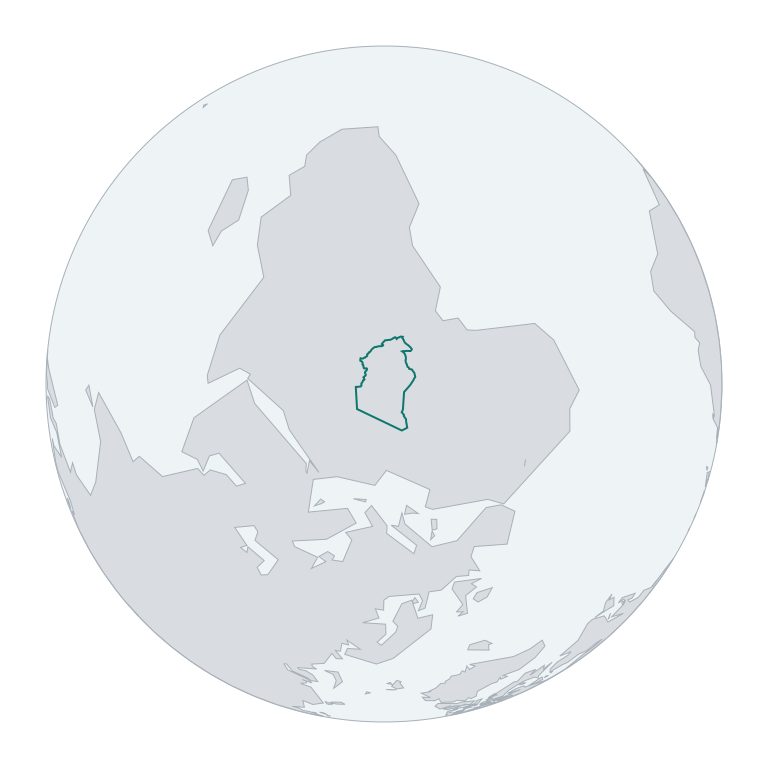 globe centered on Chad, rotated 178°
{"feature_id": "TCD", "entity_name": "Chad", "entity_type": "country or territory", "adm_level": 0, "iso_a3": "TCD", "parent_name": "Africa", "parent_adm1": "", "projection": "orthographic", "projection_center": [18.978, 15.46], "detail": "medium", "context": "on_globe", "style": "outline", "palette": "teal", "viewbox_px": 768, "rotation_deg": 178, "n_neighbors": 0, "source": "natural_earth", "source_scale": "50m", "svg_char_len": 10511}
<svg xmlns="http://www.w3.org/2000/svg" viewBox="0 0 768 768"><g transform="rotate(178 384 384)"><circle cx="384" cy="384" r="338" fill="#eef3f6" stroke="#a8b0b8"/><path d="M301.6,56.3L281.4,62.1L286.0,60.9L273.2,65.4L273.7,66.1L265.9,68.8L273.1,67.1L280.1,64.6L285.6,63.3L286.5,63.7L276.7,66.9L274.8,67.1L272.5,68.4L267.1,70.0L270.3,69.5L258.3,73.9L271.5,70.4L263.0,74.8L254.7,77.6L254.0,76.1L233.0,82.1L224.4,86.3L212.9,92.8L194.6,106.7L185.7,112.6L174.8,121.4L180.4,118.2L190.9,110.3L198.5,107.5L210.5,99.3L215.3,97.4L228.2,90.4L227.9,93.2L220.5,100.1L209.8,106.4L206.3,110.0L217.8,106.0L199.1,120.9L189.0,137.2L184.0,141.5L171.9,144.6L168.5,138.3L152.8,146.4L164.5,143.4L151.8,155.9L150.4,159.3L152.0,160.5L157.4,157.0L153.4,162.2L140.3,166.1L143.7,161.3L147.8,159.8L146.2,157.5L137.2,161.9L131.5,168.8L124.1,171.4L119.8,176.7L115.9,180.9L123.1,171.9L110.0,188.6L101.0,199.3L115.6,178.7L131.6,159.3L149.1,141.1L167.8,124.3L187.8,108.9L208.9,95.0L230.9,82.8L253.8,72.2L277.4,63.3L301.6,56.3ZM53.2,314.8L54.0,312.7L50.3,331.6L53.7,317.0L52.2,328.7L56.2,337.5L54.9,341.1L57.7,371.6L66.7,390.4L68.8,406.5L67.1,414.0L71.6,419.7L71.7,425.4L94.8,446.7L111.1,467.5L113.6,487.1L105.9,504.5L112.8,547.6L102.6,553.5L109.4,570.1L117.7,590.0L110.3,582.0L122.1,597.3L124.7,600.7L109.1,580.6L95.1,559.4L82.8,537.2L72.1,514.1L63.2,490.3L56.2,465.9L50.9,441.1L47.6,415.9L46.1,390.5L46.6,365.1L49.0,339.8L53.2,314.8ZM72.0,254.3L67.5,266.4L68.0,264.2L72.0,254.3ZM83.9,228.7L85.3,226.1L84.6,227.4L83.9,228.7ZM227.5,89.5L227.8,90.0L225.3,91.0L227.5,89.5ZM232.8,86.3L229.7,87.2L231.7,85.9L233.6,85.3L232.8,86.3ZM236.3,85.7L235.7,83.4L239.4,81.2L249.8,77.6L236.3,85.7ZM281.9,63.7L274.5,66.3L279.8,63.9L281.9,63.7ZM284.0,62.5L292.5,58.7L304.0,55.7L298.8,57.2L313.0,53.7L314.4,54.0L306.9,56.0L299.2,57.7L305.6,56.7L284.0,62.5ZM288.2,62.6L288.9,61.7L298.9,58.9L299.3,60.1L295.9,60.6L288.2,62.6ZM316.0,53.0L323.5,51.5L326.7,51.2L330.1,50.8L315.4,53.8L316.0,53.0ZM294.2,61.5L299.3,60.9L295.4,62.8L288.2,63.2L294.2,61.5ZM301.3,57.9L306.1,56.7L303.6,57.7L301.3,57.9ZM284.6,70.4L285.3,68.8L290.5,67.1L284.6,70.4ZM301.4,60.6L302.7,60.0L304.9,59.3L307.4,59.5L301.4,60.6ZM318.7,53.7L318.5,54.1L324.9,52.4L327.5,52.6L317.2,54.8L322.8,54.0L323.6,54.1L314.3,55.9L318.7,53.7ZM316.4,57.8L304.2,61.5L301.9,64.5L297.1,65.9L301.7,61.0L316.4,57.8ZM316.0,56.4L315.1,57.5L309.6,58.4L306.8,58.3L316.0,56.4ZM333.0,52.2L331.6,51.2L333.9,50.8L333.0,52.2ZM316.8,58.3L319.7,57.5L317.2,58.4L316.8,58.3ZM329.3,53.7L328.4,53.2L331.1,52.8L329.3,53.7ZM326.2,56.4L322.3,57.4L320.2,57.2L326.2,56.4ZM328.5,55.0L332.3,54.5L321.9,56.5L327.7,54.8L328.5,55.0ZM331.9,53.3L333.2,53.0L331.8,53.6L331.9,53.3ZM336.2,57.1L323.5,59.7L319.1,58.9L331.9,56.4L336.2,57.1ZM639.7,163.1L641.2,164.8L633.0,155.6L642.6,167.1L648.3,173.6L646.1,170.7L651.4,177.4L656.8,184.6L658.6,187.0L671.7,206.7L683.4,227.3L693.6,248.6L698.5,262.5L700.7,268.6L697.9,264.2L701.6,278.5L712.7,307.8L714.9,317.8L717.4,341.2L716.1,333.9L708.8,322.0L712.7,346.8L718.5,362.0L720.7,384.1L718.6,380.2L715.7,361.2L713.0,356.3L710.0,335.0L700.4,306.8L698.0,316.1L694.5,303.8L681.1,283.0L675.5,296.1L669.2,336.3L674.4,368.6L669.5,385.4L648.6,344.5L637.5,315.1L631.1,320.3L608.6,299.2L573.2,306.1L567.1,299.0L560.7,304.2L544.7,298.9L535.1,287.1L525.9,289.5L551.3,320.6L561.0,318.2L567.8,303.3L573.1,315.1L588.4,323.4L575.1,356.9L520.8,392.7L513.9,369.0L464.5,307.3L465.1,299.8L464.8,299.0L464.1,297.6L461.2,310.0L452.1,297.9L480.2,341.5L485.6,361.0L520.0,394.3L517.2,398.5L527.8,404.8L559.8,390.8L560.3,398.9L546.2,438.8L500.4,494.8L505.7,527.2L500.9,555.1L470.6,575.8L471.5,595.9L455.6,604.3L453.4,615.5L439.6,628.1L417.2,640.1L381.1,641.3L380.2,631.6L364.2,612.3L342.7,563.0L353.2,539.6L350.6,521.1L324.3,479.0L330.1,455.3L322.8,445.2L307.7,447.3L299.0,435.1L289.8,434.4L231.3,439.3L212.8,422.0L189.1,371.1L199.2,352.8L199.9,330.3L268.5,260.0L284.3,265.1L339.8,257.0L347.0,259.8L341.8,276.9L384.6,297.6L396.7,283.0L434.0,293.0L458.0,291.1L464.1,258.6L424.8,261.0L416.7,246.0L447.0,230.8L481.1,230.3L479.0,224.6L456.3,213.1L463.0,202.2L448.3,208.5L455.1,213.9L446.1,218.5L439.4,214.0L442.0,209.9L431.4,208.0L421.6,229.2L427.5,237.0L400.4,242.1L407.6,256.1L400.7,263.0L385.9,242.3L386.5,234.5L360.0,213.3L357.0,221.7L381.8,242.7L374.5,241.2L370.6,254.5L367.9,243.3L341.7,219.7L316.5,224.9L286.3,256.9L271.2,259.2L257.6,252.3L266.6,219.7L299.5,218.4L303.1,208.4L294.8,193.9L305.5,195.2L306.1,189.7L318.4,189.1L334.0,176.0L346.2,174.7L350.8,158.6L357.6,156.2L353.0,166.1L356.2,172.9L386.3,171.5L391.7,168.0L392.3,158.0L400.5,159.6L397.2,150.3L413.7,146.2L390.8,143.9L390.8,133.9L399.9,126.2L395.8,122.9L380.9,135.7L378.7,141.4L383.4,146.6L373.8,163.8L363.8,167.0L358.3,148.7L343.4,151.7L345.6,137.6L384.4,109.4L401.4,104.4L432.7,115.2L429.7,121.0L416.9,119.7L430.1,129.4L428.4,124.5L435.2,126.3L436.9,118.4L441.9,119.4L435.1,110.8L441.4,111.2L445.5,116.6L453.5,106.9L466.0,106.6L465.4,104.1L461.2,101.5L479.9,103.6L478.7,101.8L472.1,100.2L465.3,95.7L460.6,89.0L467.3,90.1L469.9,92.6L485.5,100.3L491.4,107.9L493.7,107.7L490.1,101.6L471.1,92.0L466.4,87.8L475.9,91.5L472.1,89.8L471.8,88.1L477.9,87.7L467.6,83.6L455.8,67.3L466.3,66.2L476.1,70.5L474.9,63.7L486.9,65.2L480.8,63.4L476.1,60.5L472.3,59.8L469.0,58.9L455.2,53.7L455.9,53.8L479.3,59.8L502.3,67.4L524.6,76.7L546.2,87.5L567.0,99.9L586.8,113.7L605.6,128.9L623.3,145.4L639.7,163.1ZM246.6,296.8L245.1,303.4L245.1,303.5L246.6,296.8ZM518.8,247.0L538.2,245.9L526.6,227.4L533.1,225.7L526.8,220.4L525.7,226.1L509.9,211.7L517.2,205.2L513.4,197.4L506.7,197.5L495.8,212.1L518.4,232.2L515.2,240.7L518.8,247.0ZM56.4,337.6L56.5,342.4L55.5,340.9L56.4,337.6ZM64.3,286.4L64.5,290.2L63.2,289.4L64.3,286.4ZM66.5,269.9L64.1,284.1L61.9,285.0L63.8,276.4L63.9,277.8L66.5,269.9ZM79.1,238.4L78.1,240.4L76.8,243.3L78.4,239.9L79.1,238.4ZM83.5,229.8L83.5,229.7L85.1,226.5L83.5,229.8ZM152.6,155.6L153.5,155.5L154.0,157.7L151.5,158.7L152.6,155.6ZM170.2,157.7L163.4,166.2L166.5,160.4L161.6,162.8L162.1,154.5L181.5,143.3L172.6,149.5L170.2,157.7ZM168.1,141.6L165.6,147.2L167.6,141.5L168.1,141.6ZM297.6,162.8L302.3,166.2L298.3,172.3L282.9,176.7L288.4,167.5L297.6,162.8ZM309.8,169.7L308.6,151.9L318.2,149.4L313.0,153.6L319.4,153.7L312.9,160.8L323.2,176.9L320.4,183.6L293.3,186.3L303.7,181.3L298.6,178.0L309.8,169.7ZM288.7,119.8L288.3,114.4L309.5,115.4L307.4,120.4L291.9,124.4L285.2,120.9L288.7,119.8ZM254.7,80.7L253.2,80.3L255.9,79.2L259.4,78.6L254.7,80.7ZM284.5,69.8L264.2,81.8L261.5,81.8L252.9,90.1L242.3,93.5L248.2,87.8L233.6,97.3L234.6,93.5L225.6,100.2L239.8,87.0L240.2,84.8L243.8,85.8L253.6,82.6L257.9,80.5L270.4,73.4L276.0,68.0L286.6,64.8L292.6,64.0L292.9,64.8L285.9,66.4L291.3,66.4L281.4,69.5L284.5,69.8ZM356.6,69.7L348.4,69.0L357.5,73.7L347.7,75.0L349.4,75.5L342.8,78.3L337.7,82.8L333.1,82.9L333.1,84.7L328.8,86.9L327.2,89.6L318.4,91.1L315.8,94.6L313.0,93.4L311.0,99.3L308.5,95.7L302.7,98.9L308.2,100.7L264.0,107.1L247.3,114.2L234.8,122.5L232.3,116.5L242.4,105.5L258.8,94.0L275.1,88.7L271.0,87.5L277.6,84.9L278.1,86.9L281.4,82.3L286.9,80.8L301.5,73.5L302.7,68.9L308.0,66.5L310.4,67.6L314.1,64.6L322.1,65.4L326.1,63.9L338.0,63.8L340.1,67.6L344.5,65.7L353.7,66.2L356.6,69.7ZM339.4,57.1L344.2,60.2L341.2,62.8L321.7,62.2L317.0,63.5L304.4,64.2L309.0,60.7L312.2,60.7L316.3,59.9L313.2,61.3L318.8,59.7L323.4,59.9L329.0,58.8L329.0,60.0L339.4,57.1ZM354.3,253.3L359.7,254.0L368.0,253.1L365.7,261.9L354.3,253.3ZM336.1,237.4L340.9,236.2L341.6,247.2L336.0,246.9L336.1,237.4ZM342.8,226.8L341.1,235.3L338.7,230.6L342.8,226.8ZM357.3,164.8L362.3,163.5L363.1,165.8L360.6,169.4L357.3,164.8ZM381.5,87.4L377.3,85.8L378.6,84.8L375.0,79.6L382.0,78.8L386.9,81.6L381.5,87.4ZM457.8,264.6L451.3,271.2L447.5,268.4L450.5,266.7L457.8,264.6ZM406.6,266.8L418.6,270.4L405.8,269.2L406.6,266.8ZM388.5,85.6L386.2,83.5L391.1,84.5L388.5,85.6ZM386.9,78.0L392.6,78.6L382.4,78.1L386.9,78.0ZM555.0,666.7L554.5,668.9L550.6,670.2L555.0,666.7ZM554.4,543.6L528.4,593.4L513.7,595.5L512.8,582.4L523.5,553.0L541.2,542.5L550.3,528.1L554.4,543.6ZM718.9,428.8L718.8,428.5L719.7,422.0L719.9,421.0L718.9,428.8ZM719.6,422.1L718.6,411.8L710.8,374.1L713.8,372.1L720.6,391.5L720.3,396.7L721.0,405.9L719.6,422.1ZM721.9,382.8L721.9,381.7L721.8,376.4L721.9,382.8ZM675.7,371.2L682.3,388.3L679.0,393.1L675.7,371.2ZM704.0,277.7L704.4,281.1L702.8,276.5L701.2,269.5L704.0,277.7ZM444.9,81.7L442.1,89.2L444.8,95.5L453.5,99.8L440.0,97.7L435.9,87.9L444.9,81.7ZM453.7,68.6L446.0,65.9L450.0,65.7L452.3,66.3L453.7,68.6ZM448.6,68.0L438.0,67.5L434.1,65.2L443.3,65.9L448.6,68.0ZM413.4,74.9L412.1,77.0L408.1,75.9L413.4,74.9ZM467.0,58.7L462.7,57.5L464.3,57.4L467.0,58.7ZM451.8,54.4L452.9,55.2L448.9,53.8L451.8,54.4ZM456.1,57.6L452.1,55.4L459.9,58.3L456.1,57.6Z" fill="#d9dde1" stroke="#a8b0b8" stroke-width="1"/><path d="M411.8,359.9L412.3,382.1L412.2,382.2L410.2,382.0L409.4,382.2L407.4,382.3L406.5,383.4L406.7,384.7L406.5,385.6L405.5,386.5L405.1,387.4L405.0,388.2L404.8,388.4L403.9,388.7L403.4,389.2L403.7,389.9L403.8,390.8L404.3,391.2L404.3,391.5L402.3,393.0L401.9,393.7L401.9,394.1L402.6,395.6L402.6,396.4L402.2,397.1L401.3,397.7L400.8,398.4L400.4,399.6L400.7,400.2L401.0,400.3L402.7,400.1L403.4,400.4L403.8,401.0L403.6,401.5L404.2,403.5L404.1,403.8L404.2,404.0L404.7,404.0L404.8,404.3L404.7,406.2L404.9,406.7L405.2,407.1L406.0,407.7L406.4,407.7L406.8,408.0L406.9,408.9L406.5,410.5L404.3,410.1L402.9,410.8L402.4,411.2L401.7,411.2L401.3,411.7L400.2,412.3L399.8,412.7L399.9,413.9L399.7,414.4L399.4,414.7L398.8,414.8L398.0,416.1L397.8,416.3L397.3,416.2L395.8,417.8L395.7,418.2L394.4,419.6L391.9,421.3L390.4,421.2L389.7,421.6L388.0,421.9L385.0,421.9L384.4,422.0L383.9,422.4L383.5,422.7L383.5,423.0L384.5,423.7L384.8,424.0L383.6,425.5L382.7,426.4L382.0,426.9L381.7,427.5L377.9,427.9L376.2,427.9L373.9,428.9L373.1,429.6L371.8,430.0L371.4,430.4L371.2,430.4L370.0,429.3L369.8,428.6L369.0,429.1L368.8,429.6L366.8,430.3L366.3,430.6L365.7,430.8L363.6,430.5L364.0,429.7L364.0,429.0L363.4,428.6L362.3,425.8L361.5,424.4L360.0,423.0L359.3,422.6L357.0,420.5L355.1,418.2L355.0,417.6L355.9,416.4L356.5,416.0L360.0,416.3L361.7,416.1L362.8,416.2L364.0,416.2L364.7,416.0L364.0,415.5L362.5,413.9L361.7,412.1L361.4,410.9L361.2,409.4L361.3,407.9L361.7,406.9L361.5,406.3L361.5,405.1L360.9,403.5L360.4,402.6L360.2,401.2L359.8,400.3L359.0,399.8L358.5,399.3L358.4,398.4L358.1,398.1L356.8,397.8L355.8,397.7L353.3,394.0L352.5,390.0L353.6,388.5L354.6,386.6L357.9,382.0L364.2,375.3L366.0,357.7L367.3,355.1L365.7,353.2L365.3,352.8L365.1,352.0L365.4,351.5L363.8,348.8L363.4,348.5L363.2,348.1L363.2,345.8L362.3,339.5L367.8,336.9L411.8,359.9Z" fill="none" stroke="#0f766e" stroke-width="2"/></g></svg>